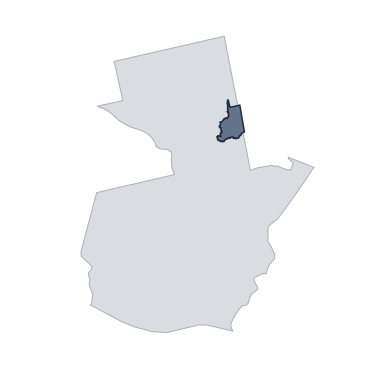 Dolores, Petén, Guatemala (highlighted), rotated 347°
{"feature_id": "79465075B81519160116587", "entity_name": "Dolores", "entity_type": "district", "adm_level": 2, "iso_a3": "GTM", "parent_name": "Guatemala", "parent_adm1": "Petén", "projection": "robinson", "projection_center": [-89.465, 16.645], "detail": "fine", "context": "in_parent", "style": "filled", "palette": "slate", "viewbox_px": 384, "rotation_deg": 347, "n_neighbors": 0, "source": "geoboundaries", "source_scale": "gbopen_adm2", "svg_char_len": 5872}
<svg xmlns="http://www.w3.org/2000/svg" viewBox="0 0 384 384"><g transform="rotate(347 192 192)"><path d="M67.7,279.3L69.3,277.5L70.7,273.3L72.4,269.0L71.4,264.0L70.8,260.0L72.7,254.1L72.5,249.7L73.4,246.9L76.3,245.2L77.8,241.8L69.8,230.2L69.8,227.6L70.9,224.3L77.4,211.9L85.2,197.2L93.8,180.9L99.0,171.2L117.7,171.1L130.1,171.1L145.9,171.1L163.0,171.1L174.2,171.1L178.8,171.0L178.0,164.6L178.7,157.6L180.7,151.2L180.7,148.4L177.4,145.0L170.9,143.0L167.3,139.9L167.3,136.1L165.7,131.4L162.6,125.9L156.1,120.3L146.2,114.6L137.8,106.9L130.9,97.2L125.0,91.0L120.5,88.4L119.4,87.1L132.7,87.2L145.2,87.3L145.3,73.5L145.4,61.2L145.5,47.3L168.2,47.3L195.3,47.3L223.4,47.4L245.4,47.4L258.4,47.4L257.8,64.6L257.1,84.5L256.6,99.2L256.0,118.8L255.3,138.7L254.4,166.0L253.7,183.6L254.0,184.0L261.4,183.2L272.4,184.0L275.0,183.9L278.4,185.4L281.0,185.9L286.5,189.9L293.0,192.9L297.2,186.8L295.0,183.2L293.4,181.3L293.6,179.7L316.3,195.4L313.6,197.8L307.9,203.4L297.4,212.9L288.0,221.5L279.0,229.3L270.9,236.3L270.0,237.0L259.7,242.0L257.9,244.3L255.7,254.1L254.7,256.6L256.6,262.1L258.4,270.5L257.9,275.0L250.7,280.4L247.4,285.3L246.0,288.5L244.7,287.7L242.5,287.4L237.4,288.7L235.0,288.9L232.9,290.3L232.7,293.4L234.1,298.4L234.6,300.9L233.1,302.1L226.8,305.1L224.4,308.0L222.0,312.6L219.2,314.5L216.4,314.1L214.3,314.8L210.0,318.2L203.4,324.8L199.9,329.7L199.8,333.4L200.5,336.7L176.7,325.0L168.7,323.1L135.2,323.3L120.9,318.7L104.5,309.9L93.5,301.8L67.7,279.3Z" fill="#d9dde1" stroke="#a8b0b8" stroke-width="1"/><path d="M258.1,118.1L252.0,118.1L248.1,118.1L248.0,110.7L247.9,110.7L247.8,110.8L247.8,111.0L247.7,111.0L247.6,110.9L247.6,111.1L247.4,111.2L247.4,111.3L247.2,111.6L247.1,111.8L246.9,111.8L247.0,112.0L246.9,112.2L246.9,112.3L246.9,112.5L247.0,112.5L246.9,112.8L246.9,113.0L246.6,113.1L246.5,113.3L246.4,113.5L246.1,113.6L246.1,113.8L246.3,114.0L246.1,114.9L246.2,115.0L246.4,115.2L246.4,115.4L246.4,115.6L246.5,115.7L246.6,115.8L246.5,116.0L246.5,116.3L246.4,116.4L246.1,116.4L246.0,116.5L246.1,117.1L245.8,117.3L245.8,117.5L245.8,117.8L245.6,118.0L245.6,118.5L245.4,118.9L245.4,119.2L245.4,119.3L245.5,119.3L245.5,119.2L245.5,119.4L245.5,119.5L245.4,119.6L245.2,119.7L245.1,120.0L245.2,120.3L245.4,120.6L245.5,120.7L245.6,120.8L245.4,121.0L245.3,121.4L245.3,121.6L245.2,121.5L244.9,121.6L244.9,121.9L244.6,121.9L244.7,122.0L244.9,122.2L244.9,122.3L244.7,122.4L244.7,122.6L244.8,122.6L244.8,122.9L244.9,123.1L245.0,123.1L245.0,123.3L245.2,123.2L245.3,123.3L245.2,123.4L245.3,123.5L245.2,123.6L245.3,123.7L245.3,124.0L245.2,124.4L245.1,124.6L245.0,125.1L244.9,125.3L244.7,125.6L244.7,125.8L244.8,125.8L244.7,126.1L244.8,126.3L244.8,126.5L244.6,126.6L244.5,126.9L244.3,127.1L243.8,127.1L243.4,127.1L243.2,127.2L243.1,127.3L243.2,127.5L242.9,127.9L242.6,127.9L242.6,128.0L242.4,127.8L242.2,127.7L241.8,127.5L241.7,127.5L241.2,127.7L241.0,127.9L240.7,127.9L240.4,127.7L240.2,127.7L239.9,127.7L239.9,128.1L239.8,128.3L239.5,128.4L239.2,128.4L239.0,128.6L238.8,128.7L238.7,128.8L238.5,129.1L238.2,129.4L237.7,129.7L237.1,130.0L236.4,130.2L235.3,130.2L235.0,130.2L234.9,130.3L235.1,130.6L235.2,131.0L235.3,131.1L235.4,132.0L234.8,132.5L234.0,133.4L233.7,133.8L233.3,134.1L233.5,134.3L233.7,135.0L233.5,135.4L233.9,135.4L234.0,135.4L234.0,135.5L234.6,135.7L234.3,137.6L234.5,137.5L234.6,138.1L234.2,138.1L234.0,138.6L234.0,138.9L234.3,139.2L234.5,139.3L234.8,140.0L234.7,140.4L234.4,140.4L234.4,140.7L234.5,140.7L234.5,141.0L234.2,141.1L233.9,140.9L233.6,141.0L233.1,140.9L232.9,140.9L232.8,141.6L232.6,141.8L232.7,144.3L232.5,144.2L232.4,144.2L232.3,143.9L232.3,143.7L232.1,143.3L231.9,143.1L231.6,143.1L231.4,143.2L231.2,143.3L231.1,143.5L230.9,143.7L230.8,143.8L230.7,143.8L230.5,143.7L230.4,143.8L230.1,143.9L230.2,143.7L230.3,143.6L230.2,143.5L230.3,143.4L230.2,143.2L229.9,143.1L229.9,143.4L229.7,143.5L229.8,143.6L229.6,143.8L229.5,143.7L229.3,143.8L229.2,143.7L228.9,143.7L228.9,143.4L228.8,143.0L228.8,146.5L229.0,146.5L229.1,146.8L229.0,147.0L229.1,147.4L229.1,147.5L229.3,147.5L229.8,147.5L230.0,147.7L230.2,147.8L230.3,148.1L230.5,148.2L230.5,148.4L230.7,148.6L230.8,148.9L231.0,148.9L231.0,149.1L231.6,149.2L231.7,149.3L231.8,149.2L232.0,149.0L232.4,149.1L232.5,149.3L232.8,149.4L233.1,149.5L233.5,149.7L233.5,149.9L233.8,149.8L234.0,149.7L234.4,149.8L234.6,149.9L234.8,149.8L234.8,149.7L235.0,149.3L235.0,149.1L235.2,148.7L235.3,148.7L235.4,148.8L235.6,148.8L235.7,148.7L235.8,148.6L236.0,148.6L236.3,148.3L236.3,148.2L236.5,148.2L236.8,148.4L237.0,148.2L237.2,148.3L237.6,148.2L237.8,148.0L238.0,148.1L238.2,147.9L238.7,147.7L238.7,147.9L238.8,147.9L239.0,147.7L239.3,147.5L239.6,147.6L239.9,147.6L240.0,147.9L240.4,147.9L240.6,148.0L240.8,148.0L241.1,148.2L241.3,148.1L241.4,147.9L241.6,147.7L241.8,147.5L242.0,147.7L241.9,147.5L241.9,147.4L242.3,147.5L242.5,147.5L242.8,147.7L243.0,147.6L243.4,147.5L243.7,147.5L243.9,147.7L244.0,147.6L244.3,147.7L244.3,147.8L244.2,147.8L244.2,148.0L244.3,148.0L244.3,148.4L244.4,148.6L244.7,148.6L244.9,148.7L245.0,148.8L244.9,148.9L245.1,148.9L245.2,149.0L245.3,148.7L245.5,148.8L245.6,148.7L245.9,148.8L246.0,148.9L246.0,149.2L246.3,149.4L246.6,149.3L246.5,149.7L246.5,149.8L246.8,149.8L247.1,149.9L247.2,150.0L247.5,149.8L247.7,149.7L247.8,149.6L248.0,149.6L248.5,149.9L248.6,150.0L248.8,150.0L248.9,149.8L249.2,149.8L249.4,149.9L249.6,149.7L249.8,149.6L250.1,149.4L250.3,149.1L250.3,148.9L250.3,148.7L250.4,148.4L250.5,148.2L250.8,148.1L251.0,148.0L251.1,147.9L251.3,147.9L251.4,148.0L251.5,148.0L251.9,147.9L251.9,147.6L252.0,147.6L252.2,147.4L252.3,147.5L252.5,147.4L252.7,147.2L252.8,147.2L252.9,146.9L253.1,146.8L253.0,146.6L253.2,146.4L253.3,146.4L254.1,145.8L254.4,145.8L254.9,145.4L255.3,145.3L255.6,145.4L256.6,145.3L256.7,143.1L256.9,139.2L257.2,133.9L257.2,133.0L257.7,126.0L257.7,125.6L257.9,121.7L258.0,121.0L258.0,120.6L258.1,119.7L258.1,118.1Z" fill="#64748b" stroke="#1e293b" stroke-width="1.5"/></g></svg>